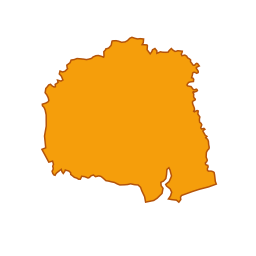 Kuala Muda, Kedah, Malaysia, rotated 250°
{"feature_id": "92858781B60968971882976", "entity_name": "Kuala Muda", "entity_type": "district", "adm_level": 2, "iso_a3": "MYS", "parent_name": "Malaysia", "parent_adm1": "Kedah", "projection": "orthographic", "projection_center": [100.515, 5.701], "detail": "fine", "context": "isolated", "style": "filled", "palette": "amber", "viewbox_px": 256, "rotation_deg": 250, "n_neighbors": 0, "source": "geoboundaries", "source_scale": "gbopen_adm2", "svg_char_len": 3752}
<svg xmlns="http://www.w3.org/2000/svg" viewBox="0 0 256 256"><g transform="rotate(250 128 128)"><path d="M142.5,202.3L145.4,201.4L146.1,200.1L147.2,198.4L148.3,198.1L149.3,199.2L150.1,200.6L150.0,202.3L149.3,205.4L151.3,206.4L152.7,206.0L153.5,204.9L154.9,206.0L156.2,206.9L157.5,207.5L157.9,208.6L157.5,209.8L155.9,211.3L156.1,212.9L157.3,213.4L160.6,212.6L161.5,212.9L161.7,214.1L161.9,216.2L163.2,215.8L164.7,215.4L165.3,214.5L165.0,213.4L164.2,212.1L164.6,210.8L165.8,210.3L166.9,210.1L168.8,209.4L170.6,210.1L171.9,209.4L173.6,208.0L175.5,207.7L177.1,206.3L177.5,203.4L179.2,203.3L180.7,204.8L181.6,205.3L183.6,201.2L183.6,199.8L183.9,198.3L186.1,196.7L187.9,195.9L187.5,195.0L186.6,193.0L185.6,191.8L185.8,190.6L186.3,189.1L187.4,186.4L188.5,184.5L188.3,180.7L190.6,181.5L193.5,180.5L193.1,177.8L191.6,176.5L190.1,174.2L195.0,172.7L198.7,174.4L199.6,174.2L200.6,171.9L201.5,169.8L202.9,171.5L206.3,173.1L207.8,170.0L208.4,167.5L209.9,165.2L211.9,162.7L211.7,160.4L210.3,157.4L209.9,154.7L210.7,151.3L212.8,148.8L214.1,146.7L215.1,143.6L215.1,142.7L212.0,140.8L211.3,140.2L209.7,137.1L209.9,134.1L209.0,133.5L208.0,131.4L204.0,130.1L202.9,129.3L204.4,127.6L206.3,124.9L206.9,122.6L206.7,119.4L205.9,117.6L206.1,114.6L206.5,112.3L207.8,110.0L209.2,107.1L210.7,103.9L210.7,100.8L211.3,97.8L209.2,95.9L208.6,94.1L208.0,92.0L205.7,91.5L204.4,91.5L202.9,88.2L203.0,85.7L204.8,83.6L202.3,81.9L199.6,83.1L195.4,83.3L195.0,81.1L197.1,78.1L194.8,77.9L194.4,76.8L193.9,74.5L191.6,73.9L191.8,72.6L193.3,71.2L195.6,70.1L195.6,68.2L194.4,66.4L193.3,64.3L189.5,62.2L187.0,63.0L183.7,63.4L180.9,63.0L179.9,61.7L179.5,59.0L179.7,55.9L179.7,55.6L178.2,55.2L176.1,56.1L173.4,56.3L168.3,55.6L157.7,51.8L149.0,46.8L137.5,43.9L137.4,39.8L123.0,41.9L122.7,45.8L119.4,45.6L118.6,44.8L117.6,44.1L115.9,44.0L114.5,43.3L113.4,41.9L111.1,41.8L109.3,42.3L108.9,42.8L108.5,43.3L109.3,44.1L110.3,45.8L112.0,51.1L109.6,51.0L107.4,51.6L108.9,53.8L110.0,54.7L109.2,55.7L107.9,57.6L105.7,58.8L103.9,58.3L102.2,59.4L100.0,60.7L98.4,62.8L96.8,64.0L96.2,65.7L98.5,68.0L97.0,70.8L94.7,73.3L94.7,74.8L95.7,76.9L95.7,79.4L93.4,80.8L93.0,84.2L91.7,86.1L89.2,87.6L86.1,89.2L84.8,91.5L83.1,94.0L81.5,96.6L79.2,98.7L77.3,100.8L75.8,105.4L75.0,108.3L74.7,111.3L72.6,114.6L71.0,118.0L68.0,119.5L64.3,119.5L57.8,120.1L52.3,119.2L51.1,127.4L52.0,131.3L54.9,137.6L59.4,140.3L62.4,139.4L65.7,140.3L66.0,143.2L67.5,146.2L71.1,148.3L75.8,150.4L76.7,152.8L74.0,153.1L71.4,152.8L68.1,152.5L66.3,151.0L63.6,148.3L62.1,144.1L60.3,144.4L56.4,146.8L52.8,147.1L49.6,144.7L47.5,141.7L45.7,144.7L43.6,148.9L40.9,150.4L42.7,153.1L45.1,153.7L46.3,155.2L46.3,159.4L46.3,163.5L46.3,167.1L46.0,174.3L45.1,183.5L45.1,191.8L48.0,191.8L54.3,193.3L56.8,193.7L57.9,192.9L58.8,191.8L59.4,190.5L59.9,188.9L61.1,188.2L62.9,188.8L64.0,190.0L65.6,190.2L66.5,188.9L67.7,188.5L68.9,188.9L69.4,190.4L70.7,191.5L72.9,191.5L74.0,191.5L78.2,193.3L79.2,194.3L80.2,195.6L80.8,197.0L82.1,197.7L84.7,198.1L88.0,199.0L90.1,198.9L92.3,197.7L93.1,199.3L94.7,198.1L99.5,197.3L100.0,197.9L100.5,199.8L101.7,199.2L101.9,196.8L103.3,196.4L105.7,198.4L107.3,198.3L108.9,197.3L111.1,197.8L112.4,198.4L113.8,199.3L115.7,198.8L117.2,198.4L120.0,199.8L120.8,198.9L120.5,195.9L121.3,195.4L122.2,196.6L123.8,197.1L126.5,197.1L128.3,197.0L130.4,197.4L130.6,197.7L131.0,198.3L131.2,198.7L131.4,199.0L131.3,199.5L131.2,199.8L131.3,200.3L131.5,200.7L131.8,201.0L132.1,201.1L132.8,200.8L134.1,200.3L135.5,200.5L136.8,201.2L137.5,201.3L138.1,201.3L138.5,201.2L139.0,201.2L139.5,201.3L139.7,201.9L139.6,202.2L139.2,202.4L139.0,202.7L139.1,203.0L139.1,203.8L139.0,204.3L139.0,204.7L139.4,206.0L140.4,206.0L141.0,205.7L141.2,205.3L141.2,204.8L141.1,204.3L141.3,203.3L141.9,202.5L142.5,202.3Z" fill="#f59e0b" stroke="#b45309" stroke-width="1.5"/></g></svg>